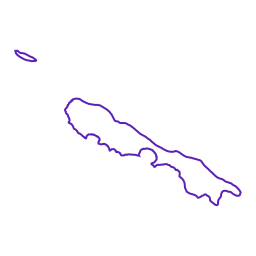 Rennell-Bellona, Rennell and Bellona, Solomon Islands
{"feature_id": "97153195B87172178268345", "entity_name": "Rennell-Bellona", "entity_type": "district", "adm_level": 2, "iso_a3": "SLB", "parent_name": "Solomon Islands", "parent_adm1": "Rennell and Bellona", "projection": "mercator", "projection_center": [160.218, -11.577], "detail": "fine", "context": "isolated", "style": "outline", "palette": "violet", "viewbox_px": 256, "rotation_deg": 0, "n_neighbors": 0, "source": "geoboundaries", "source_scale": "gbopen_adm2", "svg_char_len": 5644}
<svg xmlns="http://www.w3.org/2000/svg" viewBox="0 0 256 256"><path d="M240.6,192.8L240.6,192.3L240.1,191.3L239.0,189.7L237.2,187.7L235.4,186.1L233.3,185.1L231.3,183.5L230.8,183.2L229.8,183.0L227.8,182.2L226.0,181.7L225.0,181.2L223.7,180.1L222.3,179.2L221.0,178.8L220.0,178.7L219.4,178.3L218.4,177.9L218.2,177.9L217.1,177.3L216.8,176.9L216.3,176.6L214.8,175.4L213.9,174.4L213.1,173.8L212.9,173.4L211.8,172.3L210.3,171.2L208.2,169.0L204.3,165.5L201.5,161.5L200.7,160.7L200.0,160.3L198.8,159.9L197.2,159.6L196.0,159.0L194.6,158.8L191.4,157.8L186.4,156.9L184.4,155.9L182.7,154.9L179.8,152.7L178.8,152.1L176.7,151.2L175.7,151.0L175.1,151.3L174.1,151.5L173.6,151.7L171.3,151.8L168.4,151.4L167.3,151.0L166.3,150.7L165.5,150.1L164.5,149.8L161.3,147.8L156.8,145.6L154.6,144.1L153.3,142.8L152.5,142.4L151.9,141.7L151.1,141.2L150.8,140.7L149.8,139.7L148.3,138.9L146.5,137.4L144.6,136.2L140.3,133.9L133.4,127.9L130.2,125.5L128.1,124.6L126.4,123.5L125.5,123.2L123.2,123.0L122.1,123.0L121.4,123.1L120.6,123.0L119.8,122.8L119.1,122.4L118.2,121.6L117.0,121.3L115.9,121.2L115.3,121.0L114.5,120.2L111.8,114.8L109.3,111.6L106.7,109.4L100.1,105.4L97.3,104.9L94.2,104.9L93.4,104.6L91.7,104.4L88.6,103.8L86.8,103.1L83.3,101.4L82.2,100.8L79.8,99.1L79.0,98.8L78.4,98.9L76.9,98.6L76.4,98.6L76.1,98.7L75.5,98.7L74.9,98.9L74.3,98.9L73.6,99.2L73.4,99.2L73.3,99.4L73.1,99.4L72.7,99.6L72.5,99.8L72.0,100.2L72.1,100.5L71.6,100.6L71.6,101.0L70.9,101.3L71.0,101.6L70.7,101.7L70.2,102.1L70.1,102.4L69.4,102.8L69.0,103.1L69.0,103.4L68.6,104.4L68.3,104.7L68.1,104.8L68.0,105.1L67.8,105.1L67.8,105.4L67.7,105.8L67.6,106.1L67.4,106.7L67.0,106.9L67.0,107.2L66.6,107.6L66.3,108.2L65.7,108.7L65.2,109.4L65.0,110.0L65.2,110.7L65.4,111.1L65.7,111.4L65.6,111.5L66.0,113.0L66.7,113.9L67.7,114.7L67.9,115.0L68.0,116.4L68.7,117.2L69.1,118.2L69.1,118.7L69.5,119.7L69.5,120.7L69.1,122.0L68.7,122.3L68.8,122.7L69.5,123.1L70.2,123.4L71.5,124.2L72.3,125.2L73.0,126.3L73.8,128.5L74.5,129.1L75.2,129.3L76.1,129.9L76.5,130.5L77.2,131.1L77.6,132.1L77.9,132.3L78.0,132.7L78.3,133.1L79.6,133.6L81.0,134.4L82.0,135.4L83.6,136.8L83.7,137.0L84.4,137.3L85.1,138.1L85.6,138.4L86.0,138.3L86.3,138.0L86.3,137.0L86.6,136.2L88.1,134.7L88.6,134.4L90.0,134.4L90.8,134.4L91.0,134.3L91.3,134.3L91.7,134.5L91.9,134.4L92.1,134.5L92.3,134.4L92.7,134.4L93.5,134.7L93.5,134.8L93.8,134.8L93.9,134.7L94.3,134.8L94.4,135.0L94.7,135.1L94.8,135.2L96.0,135.8L96.2,136.0L96.8,136.1L97.1,136.4L97.0,136.5L97.3,136.8L97.8,136.8L98.3,137.1L99.7,139.2L99.7,139.8L99.5,140.4L99.3,140.8L98.9,140.9L98.7,141.3L98.6,142.3L98.4,142.5L98.5,142.8L98.5,143.2L98.6,143.3L98.6,143.5L99.3,143.9L101.1,144.4L101.5,144.4L102.4,144.0L104.4,143.9L105.1,144.1L105.8,144.7L106.1,144.7L106.6,144.9L107.2,145.7L107.4,145.8L107.5,146.1L108.0,146.4L108.0,146.7L108.3,147.1L108.6,147.3L109.1,148.4L109.2,148.5L109.3,149.2L109.5,149.4L109.5,150.1L109.6,150.5L110.1,150.5L111.1,149.8L111.5,149.4L112.0,149.1L113.3,149.1L114.5,149.4L115.3,150.2L115.6,150.6L115.6,150.8L116.2,151.4L116.1,151.7L116.3,152.0L116.8,152.1L117.1,151.8L117.8,151.9L119.3,152.6L120.4,153.5L120.4,154.1L121.0,155.1L121.9,155.4L122.0,155.5L122.3,155.5L123.8,155.3L123.9,155.2L124.1,155.2L124.4,155.2L124.5,155.0L124.7,154.9L124.9,154.9L125.5,154.6L126.1,154.7L126.4,154.6L127.0,154.8L127.4,154.7L128.0,154.4L129.4,154.3L129.9,154.5L131.0,154.5L131.6,154.7L132.9,154.6L134.1,154.8L135.4,154.8L138.1,155.6L138.6,155.3L138.8,155.4L138.6,155.0L138.8,154.8L138.8,154.6L139.4,153.2L139.5,152.7L139.9,152.2L140.1,151.5L140.8,150.2L141.3,149.7L142.4,149.1L142.8,149.1L142.9,148.9L143.6,148.8L144.8,148.8L145.3,148.9L145.9,148.6L147.2,148.4L148.0,148.7L148.9,148.8L149.8,149.1L150.2,149.3L151.7,149.8L152.4,150.1L152.7,150.4L152.7,150.7L153.6,151.4L154.5,152.4L154.5,152.6L154.8,152.7L155.6,154.0L156.0,154.9L156.0,155.2L156.5,156.3L156.3,156.8L156.6,157.1L156.5,157.4L156.7,158.6L156.6,158.8L156.5,159.6L156.3,159.9L155.7,160.6L154.4,162.3L153.7,162.7L153.0,162.9L152.6,162.9L151.7,163.4L151.4,163.9L151.8,164.3L152.3,164.7L152.5,165.0L153.6,165.7L154.3,166.5L154.2,166.7L154.7,166.9L155.0,166.5L155.6,166.2L156.7,165.1L157.5,164.8L158.6,164.8L159.9,165.0L160.8,164.7L163.3,164.5L163.8,164.5L164.9,164.1L166.9,164.2L167.5,164.4L167.9,164.8L168.4,165.0L169.0,165.0L169.6,165.3L170.1,165.6L170.6,166.4L171.4,166.8L172.7,167.1L173.6,167.5L174.8,168.4L175.7,169.9L176.1,170.0L176.7,169.8L177.2,169.8L178.1,170.8L179.0,171.3L179.4,171.8L179.7,173.1L179.7,174.6L179.4,176.0L179.5,176.6L180.6,177.3L181.1,177.9L181.8,178.3L182.1,178.6L182.4,179.1L183.1,179.8L183.4,180.2L183.8,181.4L184.4,182.4L184.7,184.4L185.0,187.7L186.4,190.9L186.8,191.7L187.1,191.9L189.7,193.5L193.4,194.5L195.7,195.5L196.8,196.3L197.8,197.7L198.7,197.7L199.7,197.3L200.7,196.8L201.9,195.9L203.3,195.4L204.2,194.7L204.8,194.5L205.6,194.4L206.2,194.7L207.1,195.6L208.4,196.2L209.2,196.8L209.8,197.9L210.0,199.2L210.0,199.7L210.0,200.2L210.5,201.0L214.8,204.4L215.8,205.0L216.8,205.2L217.4,204.9L217.8,204.5L218.0,203.3L218.0,202.2L218.3,200.4L218.9,199.3L220.8,196.6L221.1,195.6L221.2,194.2L221.6,193.0L222.4,191.7L223.2,191.1L224.2,190.8L225.9,190.8L226.7,190.9L227.9,191.6L230.5,191.9L231.6,192.6L232.1,193.2L233.4,194.1L236.1,195.5L237.6,195.8L238.7,195.7L239.4,195.4L239.8,195.0L240.1,194.2L240.3,193.3L240.6,192.8ZM36.1,60.3L35.8,59.8L34.7,58.9L32.9,57.6L29.5,56.2L27.1,54.8L25.9,54.3L25.1,53.7L23.5,53.4L22.8,53.1L21.5,53.1L20.4,52.9L19.3,52.3L17.7,50.9L17.1,50.8L15.4,50.8L15.4,51.5L15.7,52.1L15.8,52.8L16.7,54.3L16.9,54.3L18.8,56.2L19.2,56.3L21.1,57.6L21.9,57.9L22.7,58.5L24.1,59.2L26.8,60.2L29.4,60.6L31.4,61.2L33.4,61.0L35.0,61.0L35.8,60.8L36.1,60.6L36.1,60.3Z" fill="none" stroke="#5b21b6" stroke-width="2"/></svg>